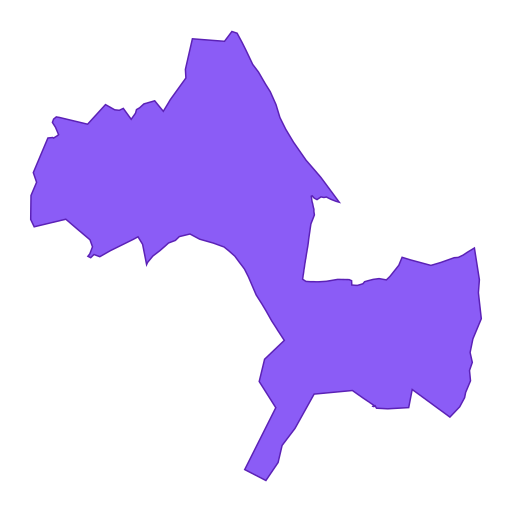 outline of Yola South, Adamawa, Nigeria
{"feature_id": "59680162B24147659958725", "entity_name": "Yola South", "entity_type": "district", "adm_level": 2, "iso_a3": "NGA", "parent_name": "Nigeria", "parent_adm1": "Adamawa", "projection": "equal_earth", "projection_center": [12.362, 9.242], "detail": "fine", "context": "isolated", "style": "filled", "palette": "violet", "viewbox_px": 512, "rotation_deg": 0, "n_neighbors": 0, "source": "geoboundaries", "source_scale": "gbopen_adm2", "svg_char_len": 2634}
<svg xmlns="http://www.w3.org/2000/svg" viewBox="0 0 512 512"><path d="M398.8,265.3L389.9,276.5L386.4,279.9L379.1,278.6L373.1,279.4L368.1,280.7L364.6,281.7L363.0,283.7L360.2,284.6L357.4,285.4L355.2,285.3L351.8,285.0L351.6,280.7L349.1,279.6L337.6,279.4L326.4,281.3L318.4,281.8L315.7,281.8L314.1,281.7L310.5,281.7L305.9,281.4L302.6,279.2L302.8,277.8L303.0,276.5L303.1,275.5L303.4,274.0L303.7,271.9L303.9,270.0L304.2,268.4L304.5,266.5L304.7,264.8L304.9,263.3L305.0,263.0L305.2,261.8L305.5,259.7L305.8,258.3L306.1,256.3L306.3,254.9L306.6,253.1L306.9,251.5L307.2,249.4L307.6,247.3L307.8,246.1L308.3,242.6L308.7,239.0L309.4,234.1L309.9,230.8L310.1,229.2L310.9,223.9L313.5,217.3L314.4,214.9L313.9,211.6L313.9,209.2L313.3,207.0L312.6,203.5L312.0,201.4L311.3,196.2L312.2,195.8L314.2,198.1L317.0,199.6L321.0,196.9L323.9,197.5L326.4,197.0L328.5,198.1L330.9,199.3L331.4,199.5L331.6,199.6L336.0,201.3L339.2,202.2L334.2,195.4L321.4,178.1L320.7,177.2L312.9,168.1L310.3,165.1L306.1,160.3L293.5,142.2L285.7,129.2L279.9,117.5L276.0,104.6L270.2,91.6L267.3,87.0L265.3,83.8L258.5,72.1L252.7,64.4L245.9,50.1L242.0,42.3L237.1,33.2L231.9,31.5L224.5,41.3L192.4,38.8L185.4,69.4L185.9,78.0L170.4,99.5L167.5,104.4L163.3,111.3L154.7,100.8L143.9,103.9L139.6,107.8L136.5,109.6L135.5,113.2L131.2,119.3L123.3,108.4L119.3,110.3L114.7,109.8L105.5,104.6L87.6,124.2L72.6,120.6L59.2,117.4L57.3,117.1L56.3,116.9L53.6,119.1L52.4,122.4L55.5,127.3L58.6,134.7L57.2,135.8L55.6,136.8L53.5,138.1L52.7,137.5L47.9,138.0L33.3,172.6L36.6,182.3L31.0,195.5L30.7,219.5L34.2,226.8L65.8,219.2L77.0,228.8L90.0,239.8L92.5,246.8L89.8,253.9L87.9,256.3L90.7,257.7L94.0,254.5L99.8,256.7L110.5,250.6L133.2,239.4L138.0,236.8L142.6,244.3L146.6,264.6L147.6,262.4L152.9,256.0L159.7,250.8L162.7,248.2L165.0,246.2L168.5,243.0L175.4,240.4L179.3,236.6L190.0,234.0L199.7,239.2L213.4,243.1L224.1,247.0L228.9,250.9L234.8,256.1L239.6,262.6L242.3,266.1L244.5,269.1L248.4,276.8L252.3,285.9L256.2,295.0L262.0,304.1L265.9,310.6L271.7,320.9L276.8,328.8L277.5,330.0L284.3,340.4L264.6,359.2L259.2,381.5L275.8,407.7L244.7,469.6L265.9,480.5L278.1,462.5L282.1,445.4L295.0,428.4L314.1,394.1L352.4,390.5L357.9,394.4L363.6,398.4L367.8,401.2L373.8,405.3L372.9,406.3L373.9,406.6L375.1,405.8L376.5,408.2L387.7,408.8L408.7,407.6L412.2,389.5L419.6,394.9L449.9,417.1L459.7,406.8L464.6,397.7L465.3,394.2L465.6,392.5L470.5,380.8L469.5,370.5L472.3,362.4L470.1,352.5L472.9,338.8L473.0,338.6L481.3,318.7L479.4,301.8L478.4,292.7L479.0,284.8L479.4,279.8L474.4,248.0L467.6,252.1L463.1,255.1L458.3,257.4L454.2,257.7L440.7,262.5L430.9,265.4L410.2,259.8L402.1,257.3L398.8,265.3Z" fill="#8b5cf6" stroke="#5b21b6" stroke-width="1.5"/></svg>